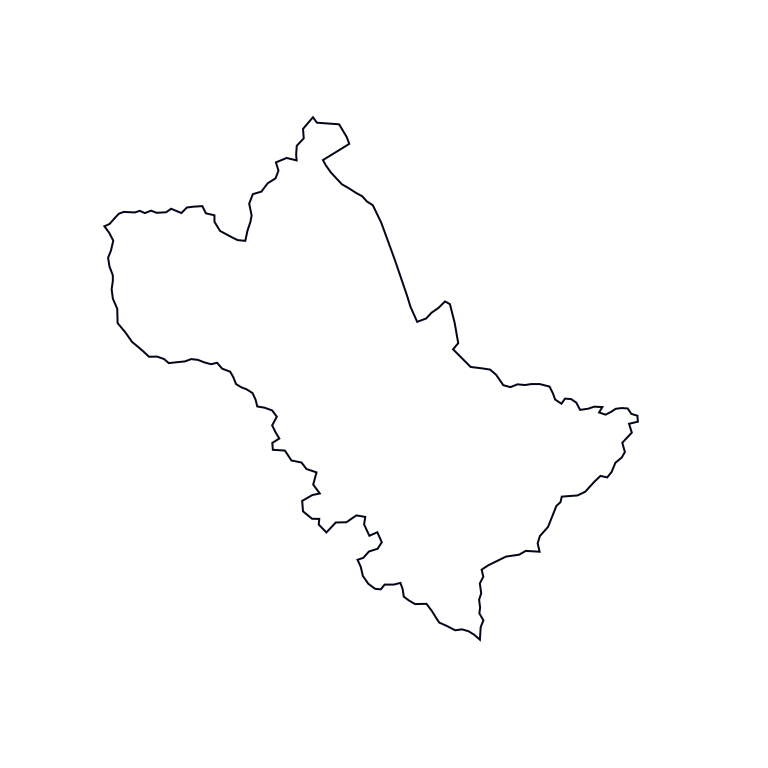 São José do Ouro, Rio Grande do Sul, Brazil, rotated 156°
{"feature_id": "56859067B47068484088007", "entity_name": "São José do Ouro", "entity_type": "district", "adm_level": 2, "iso_a3": "BRA", "parent_name": "Brazil", "parent_adm1": "Rio Grande do Sul", "projection": "albers", "projection_center": [-51.559, -27.766], "detail": "fine", "context": "isolated", "style": "outline", "palette": "ink", "viewbox_px": 768, "rotation_deg": 156, "n_neighbors": 0, "source": "geoboundaries", "source_scale": "gbopen_adm2", "svg_char_len": 2818}
<svg xmlns="http://www.w3.org/2000/svg" viewBox="0 0 768 768"><g transform="rotate(156 384 384)"><path d="M400.4,111.4L394.6,122.5L389.3,127.7L390.2,135.7L387.1,140.7L384.9,148.2L380.3,153.3L377.6,162.8L371.7,167.5L370.3,174.7L362.1,176.0L342.7,176.7L329.9,173.1L322.4,173.9L310.1,167.5L308.4,176.0L303.4,181.7L292.3,186.7L276.1,202.5L270.8,204.3L267.4,208.8L252.6,203.5L244.1,203.7L231.5,209.2L223.6,212.0L218.1,207.9L211.9,211.0L204.7,217.9L196.6,220.2L191.6,223.9L190.2,233.4L177.4,238.8L176.3,248.0L167.4,246.3L165.4,252.0L170.2,256.1L171.3,262.5L176.5,265.3L182.4,267.1L187.7,266.2L194.1,265.9L199.1,270.5L193.9,274.1L201.2,277.8L207.6,278.4L215.4,280.6L215.9,288.8L219.3,294.2L224.6,297.0L229.9,293.8L234.0,300.2L233.5,306.7L233.8,314.3L241.9,320.7L249.7,324.1L255.6,325.7L262.2,329.4L269.8,329.7L275.5,334.4L277.8,346.8L281.2,354.0L288.5,358.7L297.9,364.3L306.8,387.6L299.6,391.1L294.6,411.0L291.3,430.1L294.6,434.6L303.5,431.3L311.6,429.8L318.9,426.7L328.4,427.3L328.4,443.9L327.0,455.4L323.6,493.2L320.9,532.5L321.5,551.9L325.4,557.7L327.5,564.3L332.0,570.2L336.4,577.0L341.2,583.5L343.5,590.1L346.5,598.9L348.2,607.4L348.7,613.4L318.1,617.5L317.6,624.8L319.4,639.5L339.0,650.0L340.4,656.6L354.2,650.0L357.4,641.1L366.8,637.1L371.0,629.2L372.9,623.8L381.0,630.1L392.6,630.4L393.6,621.9L399.4,616.0L408.6,614.7L417.8,609.6L426.6,610.8L433.8,603.6L436.4,591.7L440.2,586.3L446.2,579.8L452.5,571.2L459.2,575.0L463.7,580.4L471.5,590.5L472.9,601.1L470.3,607.1L477.3,612.4L477.6,620.4L486.0,623.5L492.3,625.4L499.6,622.6L507.2,630.7L513.2,629.5L522.1,632.9L526.3,637.1L533.0,637.4L536.6,641.5L541.9,642.1L551.8,647.1L556.9,647.4L562.7,645.0L569.7,641.8L575.3,641.8L573.6,634.2L573.0,625.1L579.2,616.9L584.7,611.6L587.0,603.0L587.5,593.7L589.7,588.6L594.3,581.3L597.0,572.2L597.1,561.2L602.6,548.0L599.3,536.4L597.0,524.8L593.5,517.8L590.8,512.1L587.6,504.5L580.1,501.3L574.8,496.3L572.1,490.6L564.5,488.2L556.7,485.6L550.1,485.2L544.4,481.9L539.2,476.7L533.9,472.4L527.9,471.3L525.6,463.8L519.5,457.8L518.9,451.6L519.2,444.1L515.6,438.9L511.7,435.1L507.8,429.2L507.7,421.9L508.9,415.0L502.8,411.0L496.9,405.3L495.2,397.7L503.0,391.7L502.7,383.6L501.8,376.8L510.0,375.6L512.3,369.1L501.6,363.5L499.7,351.8L491.3,345.8L489.4,337.9L481.6,330.7L489.6,320.9L487.2,310.1L494.5,311.7L506.3,310.5L509.8,300.6L504.5,290.1L498.0,287.1L500.8,282.1L497.0,271.8L484.4,277.1L474.6,273.0L462.7,275.2L455.2,270.2L459.3,263.8L459.1,251.3L450.4,251.3L450.4,240.3L456.8,236.1L465.9,237.1L473.6,233.6L479.7,234.2L479.6,226.4L481.4,217.3L479.6,207.9L475.5,200.6L470.5,197.7L465.0,200.5L456.8,196.8L449.9,195.6L450.4,189.0L452.4,181.7L449.3,176.1L445.1,170.3L434.6,165.9L432.6,157.2L431.5,149.2L430.6,143.6L425.1,137.5L419.2,130.1L412.5,128.1L407.4,123.8L403.6,118.3L400.4,111.4Z" fill="none" stroke="#020617" stroke-width="2"/></g></svg>